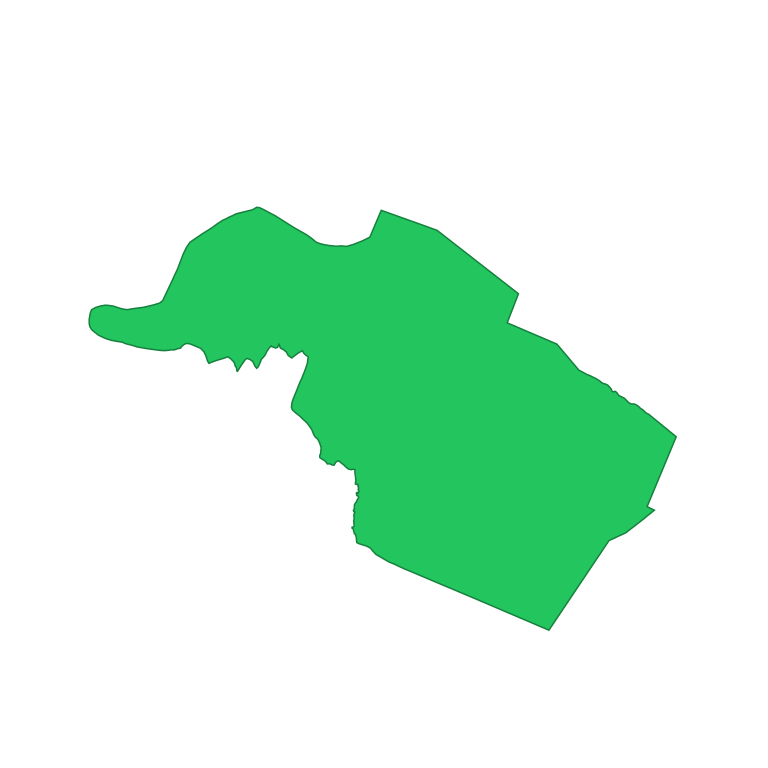 the district of Svay Chek, Bântéay Méanchey, Cambodia, rotated 203°
{"feature_id": "14789045B19114929433175", "entity_name": "Svay Chek", "entity_type": "district", "adm_level": 2, "iso_a3": "KHM", "parent_name": "Cambodia", "parent_adm1": "Bântéay Méanchey", "projection": "robinson", "projection_center": [103.023, 13.816], "detail": "fine", "context": "isolated", "style": "filled", "palette": "green", "viewbox_px": 768, "rotation_deg": 203, "n_neighbors": 0, "source": "geoboundaries", "source_scale": "gbopen_adm2", "svg_char_len": 4269}
<svg xmlns="http://www.w3.org/2000/svg" viewBox="0 0 768 768"><g transform="rotate(203 384 384)"><path d="M668.9,318.2L665.6,317.3L657.9,317.1L652.4,317.6L646.4,318.9L641.4,320.2L637.1,320.2L631.8,321.1L625.6,321.7L619.1,323.2L612.7,324.8L607.3,326.3L602.2,327.8L598.7,329.1L595.3,331.0L592.9,332.4L590.5,333.4L587.5,336.0L585.2,337.7L584.9,339.6L583.3,342.5L581.6,344.2L578.4,345.1L573.5,345.2L566.8,345.2L562.5,343.4L559.3,340.7L555.3,336.1L553.2,334.6L550.7,337.2L546.6,340.9L541.6,345.0L538.4,348.0L537.4,347.9L534.7,347.2L531.7,346.0L529.4,344.5L528.0,342.4L526.6,341.6L525.6,340.5L524.5,338.5L523.8,338.5L523.1,343.0L522.2,347.8L521.2,352.2L520.3,353.9L517.0,354.2L514.0,353.6L512.1,352.2L510.6,350.7L509.4,349.8L507.3,348.7L506.5,350.6L506.4,352.6L506.4,356.1L506.5,358.9L505.7,361.0L504.7,364.3L504.5,368.9L503.5,373.2L502.8,374.8L502.3,374.5L500.5,374.7L498.0,374.7L496.3,376.0L496.2,379.5L494.9,378.2L493.3,376.5L490.2,376.4L486.4,375.3L483.3,372.8L479.1,371.9L476.8,376.0L474.8,379.4L473.0,381.6L472.2,382.7L471.3,382.1L469.7,380.9L467.8,380.2L464.4,379.4L464.1,378.6L463.6,376.3L462.6,372.9L462.2,367.8L462.0,362.9L462.0,361.1L461.9,357.4L462.1,351.2L461.9,345.1L461.8,338.7L461.8,335.1L461.4,330.7L460.2,326.6L458.3,324.4L454.0,322.9L449.1,321.6L444.3,319.7L440.1,318.3L436.4,316.2L432.5,313.6L428.7,309.8L426.5,308.3L423.4,307.3L420.2,304.6L416.8,300.6L416.1,297.8L415.7,297.1L415.4,295.7L415.2,294.7L415.1,292.8L414.3,291.2L413.6,291.0L412.4,290.8L411.0,290.5L409.3,290.4L406.9,289.5L404.9,288.3L402.6,289.4L400.1,289.2L398.3,289.7L397.7,293.4L396.7,294.8L395.3,295.6L394.4,295.2L391.9,294.4L389.7,293.9L386.2,292.5L383.3,291.8L380.5,292.4L379.1,293.5L377.3,293.8L376.8,292.7L376.6,291.9L375.8,290.5L374.8,288.8L374.1,287.6L373.5,286.8L373.3,285.8L372.5,285.0L372.1,283.9L371.9,282.8L371.8,282.0L371.1,280.7L370.2,280.7L369.1,281.5L368.4,281.0L367.8,280.4L368.1,279.8L366.9,278.5L366.5,277.7L366.7,277.0L365.9,276.2L365.0,275.1L365.1,274.0L365.2,273.2L366.4,273.7L366.8,272.9L366.4,272.0L365.7,271.5L365.5,270.7L364.2,270.7L363.4,270.4L363.1,269.3L363.0,268.5L363.4,267.5L363.4,266.6L363.4,265.5L363.3,264.5L363.8,263.5L363.8,262.8L364.0,262.0L363.9,260.7L363.2,259.2L362.8,258.1L362.5,257.3L362.7,256.3L362.7,255.5L361.8,254.7L361.3,255.1L360.7,254.4L360.6,253.5L360.7,252.6L360.4,251.1L359.7,249.9L358.9,248.7L358.5,246.4L357.1,243.6L356.4,242.7L356.0,241.4L356.1,240.6L357.4,239.8L357.2,238.9L355.9,238.7L355.1,237.7L354.2,236.4L353.4,235.5L352.7,234.5L351.8,234.7L349.8,232.3L348.2,229.3L347.1,227.4L345.0,227.2L340.3,227.6L336.8,228.0L332.3,227.6L329.2,225.9L324.6,223.9L319.9,223.4L314.7,222.7L309.7,222.1L304.0,222.2L300.0,222.0L293.1,221.8L209.2,222.0L180.6,221.9L136.0,221.8L115.7,327.8L103.3,341.5L95.5,355.4L91.6,362.5L91.2,363.4L85.8,373.5L93.9,373.9L94.4,449.6L128.3,459.5L129.1,459.6L131.2,459.7L133.6,460.6L136.1,461.4L138.6,461.9L141.2,462.9L144.1,463.4L146.2,463.3L148.7,462.2L151.4,462.5L154.2,463.6L157.1,464.8L159.8,465.0L163.0,465.1L165.1,466.2L166.5,467.1L168.3,467.6L169.4,466.9L170.1,466.2L171.8,466.8L172.6,468.0L174.0,468.7L175.5,469.5L177.7,470.4L180.4,470.5L182.6,470.1L184.5,470.4L186.2,471.0L188.5,471.4L190.8,471.8L193.1,471.9L195.4,472.0L197.7,472.2L199.2,472.1L200.6,472.0L202.2,472.2L203.7,472.3L205.3,472.5L206.5,472.6L210.0,472.9L240.5,488.3L294.5,488.4L295.5,519.6L395.2,546.2L418.5,544.9L433.6,544.0L454.4,542.8L454.4,513.6L460.1,507.0L466.5,500.7L472.1,496.1L477.1,494.5L482.2,492.0L488.8,490.0L493.3,488.9L496.1,488.5L497.4,488.2L502.1,488.1L507.2,489.7L513.5,491.1L522.1,492.1L529.5,493.0L536.6,494.2L544.0,495.4L549.9,496.4L556.4,496.9L562.9,497.5L567.2,497.7L570.1,497.0L570.6,496.3L571.2,495.7L571.7,494.9L572.7,493.6L573.5,492.7L585.0,484.1L586.5,482.9L588.0,481.3L589.0,480.0L591.0,477.9L591.5,477.3L592.3,476.6L593.1,475.4L594.8,473.4L596.5,471.7L600.2,466.1L603.2,460.9L603.8,460.1L605.7,457.3L610.0,451.2L618.0,438.7L619.2,432.5L619.6,425.5L619.0,409.4L619.4,397.2L620.3,374.3L622.2,370.8L627.1,366.7L635.1,360.8L643.6,355.8L648.8,352.5L649.9,352.0L651.5,351.5L654.6,350.8L659.2,350.3L663.4,350.0L668.0,348.8L671.5,347.6L676.0,344.6L679.6,341.5L682.2,338.0L682.0,333.9L680.6,328.2L678.9,324.3L677.1,321.8L674.3,319.8L670.6,318.6L668.9,318.2Z" fill="#22c55e" stroke="#15803d" stroke-width="1.5"/></g></svg>